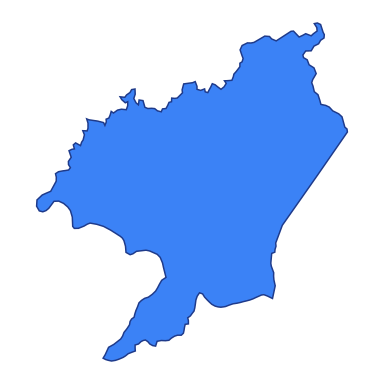 União da Vitória, Paraná, Brazil
{"feature_id": "56859067B10931018251693", "entity_name": "União da Vitória", "entity_type": "district", "adm_level": 2, "iso_a3": "BRA", "parent_name": "Brazil", "parent_adm1": "Paraná", "projection": "robinson", "projection_center": [-51.106, -26.121], "detail": "fine", "context": "isolated", "style": "filled", "palette": "blue", "viewbox_px": 384, "rotation_deg": 0, "n_neighbors": 0, "source": "geoboundaries", "source_scale": "gbopen_adm2", "svg_char_len": 3516}
<svg xmlns="http://www.w3.org/2000/svg" viewBox="0 0 384 384"><path d="M39.3,210.9L42.8,211.8L46.0,210.6L48.7,208.4L54.0,201.3L58.7,201.1L63.6,203.4L67.8,207.0L70.4,210.6L72.3,217.1L72.7,226.4L74.3,228.4L78.5,228.3L84.0,226.1L87.4,224.1L90.1,223.1L96.8,224.3L103.6,226.4L110.4,230.0L120.3,236.3L122.3,238.0L123.9,240.5L125.5,246.2L126.0,252.4L130.1,254.7L132.9,253.8L136.5,251.3L146.0,250.2L149.5,250.9L157.2,254.3L160.2,257.4L162.5,262.9L163.5,267.5L166.0,277.4L161.7,280.3L159.4,284.3L157.6,287.8L155.6,291.1L152.3,294.3L148.3,297.2L144.7,298.3L141.5,300.4L139.0,302.8L137.5,306.9L135.9,310.6L134.7,314.5L134.1,317.2L131.6,319.0L130.1,321.4L129.5,324.8L127.1,328.5L124.0,332.4L122.6,336.1L120.7,339.0L113.8,344.4L108.6,347.3L105.2,354.7L103.1,358.2L105.6,359.5L108.3,360.3L111.5,361.0L115.3,360.4L118.9,359.2L123.1,357.4L125.5,355.9L128.2,353.7L132.0,352.2L135.3,351.0L135.1,348.1L135.1,345.0L138.5,344.0L141.0,341.6L143.2,340.5L145.4,340.0L147.8,341.6L149.8,344.0L152.7,345.6L155.6,346.1L157.1,341.3L161.3,340.5L165.4,340.7L168.9,340.3L171.4,338.1L174.5,336.2L177.5,335.2L181.3,335.2L183.4,333.2L184.0,330.5L184.5,327.3L185.2,324.3L188.4,323.9L188.4,320.6L187.7,317.8L190.4,315.9L192.1,313.5L194.0,311.1L194.8,307.8L195.4,303.8L195.9,300.0L197.2,296.2L199.5,292.8L202.6,293.9L204.6,297.1L207.3,300.0L209.6,302.3L211.8,304.3L215.1,306.1L218.1,306.9L220.8,307.2L223.3,306.9L225.6,306.5L228.9,305.2L233.0,303.8L237.0,303.2L240.2,302.5L243.4,301.6L246.4,300.9L249.8,300.0L253.1,298.8L255.6,297.6L258.8,296.2L261.5,295.0L263.9,294.7L267.4,296.0L272.5,298.5L275.2,285.8L273.9,279.8L273.6,276.1L273.7,272.7L271.3,266.2L270.8,263.3L271.7,253.4L274.8,252.2L275.0,249.6L276.0,246.2L275.7,243.0L282.3,225.3L311.1,184.3L317.9,174.6L347.4,132.0L347.0,129.0L344.8,127.1L342.0,116.8L338.7,113.8L332.8,110.9L329.3,107.1L325.7,105.4L320.9,104.4L319.8,100.3L318.0,94.7L314.3,91.7L313.0,86.1L311.7,82.7L312.7,79.6L316.2,73.6L314.0,67.9L309.1,64.8L307.2,59.8L303.5,57.6L302.9,55.0L305.7,51.0L311.2,50.8L314.0,46.1L318.6,43.8L320.6,40.3L324.0,38.0L324.3,34.6L323.1,32.3L320.6,24.5L317.4,23.0L314.3,23.6L316.8,27.6L317.1,31.0L313.2,33.9L311.2,35.8L305.7,33.7L302.4,35.5L299.1,37.0L293.5,31.1L291.0,31.3L276.2,40.9L271.6,38.9L269.5,36.5L264.8,36.1L254.0,42.4L251.0,43.0L247.4,42.9L242.1,45.5L240.1,49.9L241.8,55.0L243.1,58.5L242.1,61.8L239.9,63.2L239.9,66.7L236.3,71.4L233.9,74.1L233.3,76.8L231.9,80.3L227.2,80.7L224.5,80.8L226.2,83.4L224.1,86.8L221.0,89.3L217.6,86.8L215.2,84.8L212.3,83.7L210.8,86.9L209.2,89.8L207.8,92.6L205.2,91.8L204.6,88.9L200.6,90.4L197.0,89.3L197.0,86.3L195.2,81.6L192.6,82.7L183.7,83.9L182.1,89.9L182.5,92.8L177.3,98.0L175.0,98.4L171.7,98.1L171.5,101.7L169.0,102.4L167.7,105.4L166.0,108.5L162.5,108.9L161.2,111.8L157.4,110.8L154.7,108.6L151.7,108.3L147.8,108.5L144.9,107.3L143.0,100.6L139.1,100.0L138.4,104.8L136.1,102.9L133.8,98.5L135.2,94.2L135.0,89.0L131.6,89.6L130.0,92.5L126.6,94.9L124.8,97.3L120.1,96.8L121.8,99.7L125.3,102.8L127.7,101.7L127.7,105.7L126.3,109.7L121.4,109.2L117.5,110.1L113.5,113.0L111.2,111.4L110.1,115.2L108.8,118.1L106.1,119.2L106.3,121.9L104.9,125.4L103.6,122.6L97.7,121.1L88.9,119.8L86.7,118.9L88.0,123.1L88.0,128.3L87.1,130.9L82.8,130.7L84.4,134.8L83.1,140.0L81.6,142.2L80.5,145.6L75.6,142.9L73.3,144.9L74.4,148.9L71.9,149.3L69.0,150.7L71.2,157.3L68.4,161.4L68.5,164.6L70.4,167.7L68.6,170.0L65.7,170.5L62.7,170.9L58.5,171.7L55.5,173.7L56.3,177.1L56.2,181.2L50.7,191.3L46.4,193.1L42.2,195.0L37.0,199.9L36.6,206.2L39.3,210.9Z" fill="#3b82f6" stroke="#1e3a8a" stroke-width="1.5"/></svg>